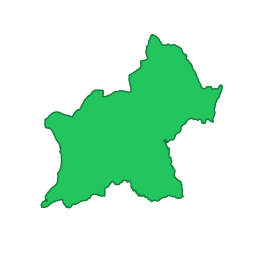 outline of Merangin, Jambi, Indonesia, rotated 193°
{"feature_id": "22746128B71403115718321", "entity_name": "Merangin", "entity_type": "district", "adm_level": 2, "iso_a3": "IDN", "parent_name": "Indonesia", "parent_adm1": "Jambi", "projection": "robinson", "projection_center": [101.815, -2.207], "detail": "fine", "context": "isolated", "style": "filled", "palette": "green", "viewbox_px": 256, "rotation_deg": 193, "n_neighbors": 0, "source": "geoboundaries", "source_scale": "gbopen_adm2", "svg_char_len": 5710}
<svg xmlns="http://www.w3.org/2000/svg" viewBox="0 0 256 256"><g transform="rotate(193 128 128)"><path d="M103.0,219.2L104.0,218.3L104.7,218.0L106.3,218.6L107.8,218.8L108.5,218.3L109.3,217.2L111.5,216.9L113.4,216.8L114.5,218.1L115.4,218.7L115.7,219.3L117.2,220.4L117.8,221.4L119.3,222.6L122.7,224.0L125.2,224.5L125.4,224.0L126.3,224.1L125.9,224.0L126.4,222.9L126.6,221.4L126.5,220.6L126.8,218.8L127.4,217.3L126.7,213.5L128.2,211.5L128.2,211.1L127.8,210.2L127.6,208.6L127.5,205.1L125.4,201.9L124.5,199.8L124.5,199.4L125.4,198.6L127.9,197.2L129.7,196.6L130.6,195.9L130.6,195.0L129.4,192.4L129.2,189.6L136.3,181.9L138.7,179.9L138.1,177.7L138.1,176.4L137.5,174.3L136.6,173.0L134.7,168.4L133.5,165.9L133.6,164.0L134.6,163.1L142.7,162.9L144.1,162.6L146.0,161.2L147.2,160.7L148.2,160.9L148.6,160.7L154.0,155.1L155.0,155.2L155.2,154.7L155.6,154.5L156.3,153.7L159.3,152.7L159.8,153.0L159.8,153.7L159.6,154.5L160.0,155.5L159.8,156.4L160.6,158.1L160.6,158.8L161.0,159.0L162.3,158.6L164.3,158.5L164.9,158.3L165.1,158.0L165.8,158.2L168.4,157.6L169.8,156.3L170.6,155.4L170.4,154.7L171.1,154.3L171.7,153.6L171.3,152.5L171.7,152.4L174.6,149.3L174.9,147.8L176.2,146.3L179.3,134.9L181.3,134.4L183.3,130.9L184.9,126.0L186.9,126.5L189.2,126.7L191.0,126.8L192.3,126.3L193.4,126.7L199.6,127.9L202.2,127.2L204.4,126.0L207.2,122.6L208.3,120.0L209.9,118.3L210.7,117.8L209.7,112.8L209.8,112.4L209.5,112.2L208.3,109.9L204.4,110.0L202.7,109.5L199.6,106.4L195.2,100.5L193.7,99.1L192.2,98.1L190.8,96.1L190.0,95.5L189.0,94.3L190.1,93.8L189.6,93.4L188.8,91.9L189.1,89.5L188.3,88.5L187.0,87.9L186.3,84.2L185.7,82.9L184.7,77.7L184.7,71.3L186.3,68.2L185.2,65.1L185.0,63.5L185.2,63.0L184.5,60.1L184.8,58.0L185.5,56.6L186.2,55.6L186.3,54.6L187.4,53.9L188.7,52.5L190.1,49.5L191.2,47.9L193.0,43.2L193.0,42.1L192.7,41.5L191.1,40.2L190.4,39.0L190.4,38.4L191.2,38.4L191.6,38.7L191.9,39.8L192.1,39.8L192.9,38.3L194.4,36.7L195.4,33.4L195.3,33.2L193.8,32.2L194.0,31.5L190.5,32.3L190.4,32.6L188.9,33.4L185.9,37.5L182.4,40.4L176.8,43.3L175.6,43.2L174.2,40.5L172.9,39.5L170.0,36.7L168.9,37.7L168.3,37.2L167.4,37.0L165.4,38.7L165.5,40.3L164.2,41.4L163.1,41.4L161.8,41.8L157.6,46.0L155.1,47.2L152.6,48.1L151.8,48.7L150.7,50.3L149.1,51.4L149.0,53.3L148.3,54.5L147.7,55.1L146.5,55.8L144.7,56.2L143.1,56.2L142.4,56.4L142.1,55.8L141.1,56.1L140.1,55.7L139.1,55.7L138.7,56.0L138.3,55.9L138.1,56.1L137.3,56.0L136.9,56.3L135.4,56.5L135.9,59.0L135.9,60.2L136.3,60.6L136.2,60.9L136.6,61.6L136.7,62.2L136.6,63.9L135.5,65.7L134.4,65.7L133.4,67.7L133.2,69.5L132.4,69.8L132.2,71.3L131.2,72.4L130.7,72.4L129.8,72.0L128.1,70.4L127.4,70.2L126.7,70.5L125.7,70.3L124.2,71.0L123.7,71.6L123.2,73.2L121.9,73.4L121.4,74.2L121.3,75.4L120.8,75.5L120.0,76.3L118.4,76.4L117.9,76.0L117.5,76.4L117.0,75.5L115.9,75.2L115.4,75.9L115.2,76.4L114.1,76.8L112.7,75.3L112.1,73.0L111.7,72.0L111.9,71.2L111.6,70.8L110.8,70.2L110.3,70.4L109.9,70.3L109.2,68.5L108.7,67.9L108.3,68.0L107.7,68.6L107.3,68.4L106.9,68.7L106.5,68.5L105.7,67.0L105.2,66.4L104.5,66.4L104.1,65.9L103.5,66.1L103.1,65.7L103.0,64.6L102.6,64.2L101.8,64.3L101.5,65.5L101.2,65.3L100.5,65.4L100.2,64.9L99.8,64.5L98.7,64.7L98.2,65.2L97.7,66.3L97.5,66.2L96.0,64.7L95.5,64.8L95.1,64.3L94.5,64.5L94.1,64.4L93.7,64.6L92.9,63.9L92.5,63.7L92.0,62.9L90.9,63.2L90.4,63.1L90.0,62.5L88.6,61.6L87.8,62.0L86.1,63.6L84.8,63.7L83.1,63.4L81.7,64.1L80.3,66.4L78.1,68.4L74.8,69.7L74.0,71.1L71.8,71.6L68.5,71.1L66.4,72.0L66.1,71.7L65.8,71.0L64.9,70.7L63.3,70.8L62.1,71.6L61.8,71.4L60.8,71.6L60.4,72.0L60.0,73.5L58.9,73.7L59.9,74.5L60.5,76.8L60.9,79.9L62.8,82.9L62.6,84.6L64.8,87.6L67.5,88.4L69.8,89.9L70.6,90.1L72.1,91.9L72.7,94.0L72.4,95.8L72.5,96.7L76.4,101.1L77.3,101.3L78.2,102.2L78.3,102.9L78.0,104.9L78.2,105.9L78.9,106.4L79.7,108.8L80.4,108.7L81.0,109.3L81.6,109.6L81.9,110.5L82.5,111.1L82.6,111.4L82.0,112.5L82.9,113.9L82.8,116.3L83.3,116.4L83.2,117.0L83.4,117.2L83.7,116.8L84.3,116.6L84.2,117.2L84.4,117.0L84.7,117.1L84.6,117.4L85.1,117.5L85.6,118.3L85.9,118.3L86.2,119.5L86.5,119.6L86.8,120.0L87.1,119.9L87.3,120.3L87.6,120.3L87.8,121.1L87.7,121.7L88.0,121.9L88.1,122.4L88.3,122.5L88.4,122.9L89.0,123.4L89.8,122.9L90.2,123.6L90.0,124.0L89.5,124.1L89.4,124.6L89.0,125.0L88.9,124.7L88.4,124.3L88.0,124.5L87.7,124.1L87.1,123.7L87.1,123.3L86.8,122.9L86.3,122.9L84.0,126.1L83.3,126.4L82.0,126.3L80.8,127.6L80.4,129.7L80.1,130.2L80.6,130.7L79.4,133.3L78.2,134.8L77.5,134.8L76.8,135.1L76.6,135.4L76.6,137.3L76.0,138.0L76.1,139.2L76.4,140.0L76.4,140.8L75.8,142.3L74.6,143.9L73.4,144.8L72.7,145.7L72.4,148.1L72.1,148.7L70.8,150.1L69.3,151.2L68.7,151.8L68.0,151.9L65.9,151.0L64.1,151.9L61.9,151.2L61.3,151.5L61.1,152.2L60.9,152.5L60.1,152.7L59.0,152.5L58.2,152.0L57.8,151.2L57.3,149.7L56.7,149.5L55.5,149.9L54.5,149.8L53.9,150.3L53.9,151.8L53.6,154.1L53.4,154.5L52.1,154.4L51.5,154.5L49.6,153.5L47.4,152.9L46.5,152.9L46.4,153.4L46.6,154.1L47.3,155.0L47.4,155.7L46.6,162.1L47.1,163.2L47.9,164.1L48.1,164.6L48.0,168.6L47.7,169.9L48.2,170.8L48.3,171.6L48.2,172.4L47.8,173.0L47.9,174.1L47.6,175.1L47.6,176.2L47.0,177.2L46.4,177.5L46.3,178.8L46.1,179.3L46.2,179.9L45.8,182.2L45.3,187.5L45.4,189.3L46.0,190.5L47.0,190.7L47.6,190.6L48.5,189.4L48.7,187.3L49.6,186.4L50.3,186.0L52.3,186.0L53.8,184.9L54.6,184.7L55.0,185.0L55.9,186.7L57.3,186.6L60.4,185.8L61.8,183.6L62.4,183.3L64.6,183.5L65.6,184.0L66.6,186.1L69.7,189.6L70.6,191.4L72.4,193.4L73.3,194.9L73.8,195.3L74.6,197.2L75.6,198.1L77.1,198.9L78.2,200.7L78.8,200.9L79.7,203.2L80.6,204.3L82.9,205.9L83.9,206.7L84.2,207.3L85.3,207.6L85.5,207.9L86.5,207.9L86.8,208.1L87.2,209.9L86.8,211.3L88.2,212.3L88.5,212.8L89.1,212.3L90.0,212.4L90.6,212.8L91.5,213.7L92.0,214.5L94.1,217.2L96.2,218.3L97.6,218.8L98.7,218.5L100.8,219.5L101.6,219.5L103.0,219.2Z" fill="#22c55e" stroke="#15803d" stroke-width="1.5"/></g></svg>